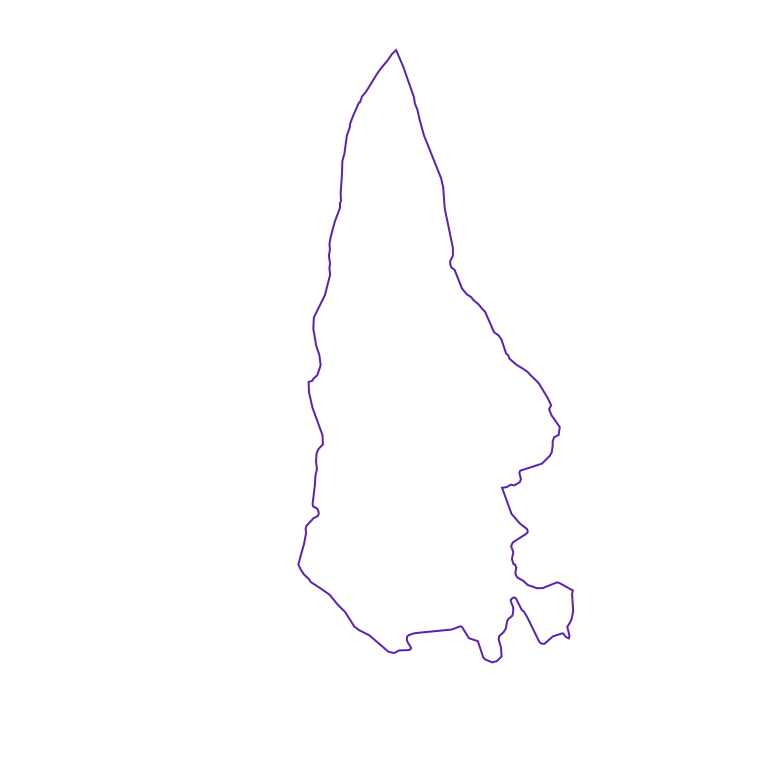 the district of Siquinalá, Escuintla, Guatemala, rotated 338°
{"feature_id": "79465075B25163774414820", "entity_name": "Siquinalá", "entity_type": "district", "adm_level": 2, "iso_a3": "GTM", "parent_name": "Guatemala", "parent_adm1": "Escuintla", "projection": "equal_earth", "projection_center": [-90.935, 14.363], "detail": "fine", "context": "isolated", "style": "outline", "palette": "violet", "viewbox_px": 768, "rotation_deg": 338, "n_neighbors": 0, "source": "geoboundaries", "source_scale": "gbopen_adm2", "svg_char_len": 2905}
<svg xmlns="http://www.w3.org/2000/svg" viewBox="0 0 768 768"><g transform="rotate(338 384 384)"><path d="M520.3,78.9L514.7,81.2L512.2,82.9L508.5,85.4L499.6,90.1L498.5,90.8L493.5,94.0L477.0,106.2L471.3,109.2L467.3,113.8L466.2,113.7L455.8,123.8L450.0,130.1L448.7,132.9L442.6,139.8L433.4,155.9L428.9,161.7L423.5,174.0L415.1,191.3L412.7,198.2L410.8,200.0L409.4,203.9L399.0,215.3L389.6,227.8L385.9,233.7L384.2,239.2L381.0,244.3L379.1,252.2L376.9,255.8L374.9,262.6L362.4,279.6L343.9,296.0L340.3,303.8L339.1,306.5L335.5,323.1L334.9,333.1L332.2,343.0L325.4,350.9L320.5,352.6L319.1,354.0L314.8,354.0L311.4,363.4L308.8,379.2L307.8,408.5L304.7,417.2L299.1,419.6L295.5,423.1L292.0,430.2L289.9,437.9L285.9,443.6L282.0,451.9L272.8,468.6L272.5,471.1L275.5,474.6L275.4,478.2L274.8,480.0L273.7,481.1L272.6,481.7L268.5,482.0L258.9,486.5L256.9,489.3L256.0,492.9L249.7,502.7L242.3,512.2L237.0,519.3L237.3,525.3L238.4,530.5L241.6,537.6L241.7,539.8L248.1,549.0L254.6,558.9L258.5,571.5L262.6,581.0L265.6,597.7L268.5,602.6L276.3,611.6L287.8,633.9L292.7,637.3L298.1,636.7L307.1,639.9L308.9,640.0L310.2,639.0L310.0,636.8L309.4,633.8L309.2,630.3L310.1,628.1L310.8,627.0L312.7,626.1L315.4,626.2L318.9,626.5L322.5,627.5L355.1,637.1L363.9,637.2L365.3,638.4L367.5,651.5L374.7,657.6L373.6,674.7L374.5,677.1L380.1,682.7L384.7,683.2L390.9,680.8L393.7,672.4L394.6,664.0L396.3,660.9L401.9,658.9L405.5,656.2L407.2,653.3L409.2,650.5L410.5,648.9L411.8,648.3L415.9,647.0L416.8,646.1L417.8,644.6L419.3,641.8L420.1,639.3L420.2,633.5L420.5,631.7L422.1,630.9L424.0,630.5L425.4,631.1L426.0,632.3L427.1,645.1L428.5,647.5L429.5,654.4L431.4,681.3L432.7,683.7L435.4,685.0L446.1,681.3L455.5,681.9L456.7,682.4L457.8,686.6L460.1,689.1L461.7,686.8L462.9,677.9L465.1,676.3L466.7,675.1L468.5,673.6L470.4,671.5L474.3,665.4L479.7,649.2L481.8,646.1L480.2,644.3L472.0,634.1L469.9,632.7L454.7,632.7L449.2,630.6L445.3,627.0L442.0,624.3L439.5,618.8L435.3,613.6L434.7,610.6L435.0,608.4L437.8,603.8L437.9,600.6L436.6,599.6L437.0,594.2L440.9,588.4L441.1,582.3L442.3,580.7L444.5,579.0L453.8,577.3L458.1,576.5L461.3,575.6L462.3,573.7L462.1,571.7L461.3,570.4L460.0,568.2L457.5,563.7L453.6,552.1L454.6,524.4L459.2,525.6L463.9,524.8L466.8,526.8L473.1,525.9L475.3,523.5L476.3,516.8L477.8,515.4L500.7,517.0L511.2,512.5L512.7,511.2L514.0,510.0L516.8,505.3L518.0,502.6L518.7,500.7L521.7,497.1L526.8,496.7L530.8,489.9L528.6,479.8L527.6,476.1L527.6,469.2L531.0,466.4L530.5,457.9L527.7,440.9L523.2,430.6L522.3,428.3L521.5,426.3L517.8,420.8L514.1,415.9L509.9,407.8L509.9,403.9L508.6,401.4L509.6,386.8L508.5,382.0L505.4,377.1L504.8,354.7L503.3,351.5L501.7,346.0L498.0,338.9L497.5,336.3L494.3,331.7L492.1,324.7L492.2,304.7L491.2,302.8L490.2,301.6L490.2,297.8L491.6,294.7L496.0,290.8L498.9,283.4L502.7,262.6L506.0,244.2L512.6,223.6L514.0,214.5L514.2,168.3L515.9,153.3L517.7,142.3L517.7,135.4L519.2,129.4L520.7,97.1L520.3,78.9Z" fill="none" stroke="#5b21b6" stroke-width="2"/></g></svg>